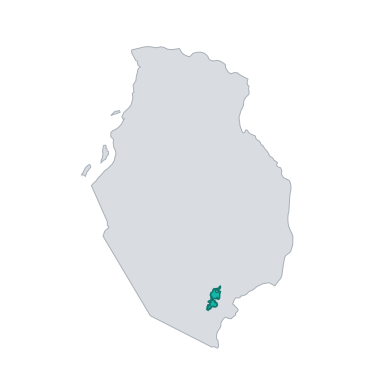 Chato, Geita, United Republic of Tanzania shown in context, rotated 207°
{"feature_id": "72390352B63706364179884", "entity_name": "Chato", "entity_type": "district", "adm_level": 2, "iso_a3": "TZA", "parent_name": "United Republic of Tanzania", "parent_adm1": "Geita", "projection": "robinson", "projection_center": [31.727, -2.845], "detail": "fine", "context": "in_parent", "style": "filled", "palette": "teal", "viewbox_px": 384, "rotation_deg": 207, "n_neighbors": 0, "source": "geoboundaries", "source_scale": "gbopen_adm2", "svg_char_len": 7970}
<svg xmlns="http://www.w3.org/2000/svg" viewBox="0 0 384 384"><g transform="rotate(207 192 192)"><path d="M150.3,265.7L146.8,263.6L143.6,262.4L141.1,261.0L139.9,259.6L137.5,259.1L135.4,258.9L133.5,257.6L129.5,257.1L129.1,256.3L129.0,254.4L128.3,253.9L126.9,253.5L125.3,253.5L124.4,253.8L123.8,253.6L122.5,252.5L121.3,251.1L120.8,248.9L119.0,247.5L116.9,246.3L111.1,246.5L110.2,246.1L108.8,245.0L107.2,243.1L105.9,241.0L104.7,238.1L103.6,234.2L96.9,218.7L96.2,215.7L94.9,212.5L92.7,208.5L90.5,205.5L87.4,202.8L83.9,200.1L82.0,198.3L78.4,191.0L77.7,187.6L77.1,184.0L77.4,182.6L79.6,178.0L79.8,176.7L79.5,175.0L78.4,171.3L77.0,166.9L74.2,158.9L73.8,156.8L73.8,155.3L75.5,147.1L75.4,146.0L82.1,146.2L87.0,142.6L91.3,137.2L92.1,135.0L93.9,131.5L95.6,129.8L96.2,128.6L97.2,125.2L99.4,122.9L101.6,121.1L101.2,119.9L101.5,119.4L102.7,118.5L105.0,117.6L105.4,115.9L105.4,113.8L105.0,112.7L105.1,111.4L104.8,110.6L103.3,110.5L101.0,109.5L99.1,109.0L97.8,108.4L97.4,108.0L97.2,106.8L98.2,103.6L97.2,102.4L99.5,97.2L99.9,96.5L100.8,96.5L102.1,95.9L103.4,95.7L104.4,95.8L105.1,95.6L105.8,95.0L106.4,93.3L106.8,90.3L106.6,87.9L105.6,86.1L105.3,83.3L105.8,79.5L105.4,76.3L104.4,73.8L103.3,72.3L101.6,71.6L99.0,67.8L98.1,65.9L98.3,64.7L99.2,64.3L100.9,64.4L102.5,64.0L103.9,62.9L105.4,62.6L106.1,62.8L172.9,62.8L251.0,112.1L251.3,112.7L251.9,117.0L251.8,118.4L250.6,120.8L250.2,122.1L250.2,123.0L250.5,123.4L251.5,123.5L252.4,124.1L252.7,124.5L253.4,126.4L254.2,127.3L283.8,151.5L284.5,151.9L284.1,153.9L282.4,158.8L282.3,160.9L281.6,163.3L281.0,164.9L279.3,171.8L277.8,174.4L275.8,180.5L275.5,185.1L276.6,188.4L277.0,191.4L279.2,194.4L281.1,195.5L282.3,196.8L284.5,200.0L285.7,203.1L289.6,204.6L291.2,208.1L290.6,210.5L288.8,212.6L287.0,215.8L285.7,220.1L285.6,226.6L286.5,225.6L288.6,227.2L288.8,232.0L286.7,237.6L286.0,240.2L285.9,242.4L287.4,249.1L289.8,252.5L289.6,253.6L289.0,254.4L293.0,260.5L292.6,265.7L294.1,269.8L294.8,273.3L295.7,276.0L295.9,277.9L294.7,280.0L297.6,280.5L299.3,282.2L300.1,283.8L302.2,283.7L303.4,284.8L305.0,285.8L308.7,288.5L309.7,289.9L310.2,291.2L300.1,299.8L296.4,302.0L293.8,303.0L291.1,303.6L288.4,304.9L285.9,307.1L282.7,308.1L278.8,308.1L274.7,309.6L268.3,314.1L264.5,311.6L261.6,310.8L258.2,310.9L256.2,311.2L255.4,311.7L254.8,313.2L254.2,315.7L252.0,318.1L248.1,320.4L244.5,321.2L241.3,320.7L239.0,319.7L237.9,318.4L236.2,317.8L233.9,317.9L231.8,318.8L229.7,320.6L226.4,321.4L221.9,321.1L219.5,320.3L219.2,318.8L217.2,317.1L213.6,315.1L210.9,315.0L209.2,316.9L207.6,318.1L206.2,318.6L205.0,318.7L203.1,318.2L198.1,318.0L193.4,318.0L192.9,315.3L192.0,313.6L191.1,312.6L189.5,312.3L189.0,311.6L188.5,309.8L187.7,308.4L186.6,307.2L186.0,306.0L185.8,305.0L186.0,303.9L187.0,301.0L187.3,299.1L187.2,297.1L186.6,295.1L185.5,292.6L185.6,291.9L185.3,290.3L185.2,289.1L185.5,287.7L185.2,285.8L184.3,281.7L184.3,280.7L183.3,278.7L180.1,274.1L180.0,273.5L175.1,268.8L173.1,267.8L172.4,268.7L172.1,269.5L172.3,271.0L172.2,271.7L172.0,272.0L170.8,272.0L170.1,271.8L168.2,270.6L166.8,270.3L163.2,270.5L161.9,270.8L160.9,270.5L159.0,268.4L156.7,267.9L154.7,267.8L151.4,265.4L150.3,265.7ZM290.2,187.6L291.8,192.8L291.6,193.7L290.5,194.3L289.9,194.4L289.1,193.5L288.7,191.8L287.8,192.2L286.3,190.2L284.8,190.1L283.5,187.6L284.1,185.4L283.8,181.8L285.4,179.9L286.3,176.7L287.3,178.9L287.5,182.2L288.9,186.2L290.2,187.6ZM298.2,157.0L298.3,158.2L298.0,159.4L298.0,163.0L297.9,165.4L296.7,168.8L295.7,170.0L294.8,169.6L294.1,169.1L293.5,168.2L294.7,162.0L294.1,157.5L296.4,158.0L298.2,157.0ZM294.6,231.1L293.4,231.5L293.0,231.2L292.3,230.1L293.5,229.3L294.7,227.6L297.5,225.2L298.8,223.2L298.6,225.1L297.0,229.3L295.7,229.6L294.6,231.1Z" fill="#d9dde1" stroke="#a8b0b8" stroke-width="1"/><path d="M127.3,116.4L127.4,116.2L127.6,116.1L127.8,116.1L128.0,116.0L128.5,115.9L128.5,115.4L128.7,115.0L128.8,114.7L128.7,114.3L128.9,113.9L128.8,113.7L128.5,113.5L128.5,113.4L128.5,112.1L128.7,111.8L128.8,111.4L129.1,111.1L129.0,110.9L129.1,110.6L129.3,110.5L129.2,110.2L128.9,109.5L128.8,109.2L129.0,108.8L128.8,108.5L128.3,108.3L128.3,108.1L128.0,107.8L127.5,107.3L127.4,107.0L127.0,106.2L126.9,106.2L126.9,106.3L126.8,106.5L126.7,106.8L126.8,107.0L126.7,107.0L126.7,107.3L126.4,107.1L126.2,107.2L126.0,106.9L126.0,106.6L126.0,106.3L126.1,106.2L126.2,105.7L126.1,105.3L126.3,105.3L126.1,105.0L126.1,104.6L126.3,104.5L126.3,104.3L126.2,104.0L125.8,104.0L125.7,104.1L125.8,104.2L125.6,104.3L125.6,104.2L125.7,103.9L125.8,103.9L125.7,103.7L125.9,103.5L125.9,103.4L126.0,103.5L126.1,103.3L126.0,103.2L125.9,103.1L126.0,103.1L125.9,103.0L125.7,103.0L125.7,102.7L125.8,102.6L126.0,102.6L126.3,102.5L126.3,102.4L126.5,102.6L126.7,102.4L126.8,102.5L126.9,102.3L126.7,102.2L126.8,102.1L126.9,101.9L126.9,102.0L126.9,101.8L127.1,101.8L127.2,102.0L127.3,102.1L127.3,101.9L127.6,102.0L127.7,101.8L127.8,101.7L127.7,101.5L127.6,101.4L127.4,101.4L127.2,101.6L127.1,101.4L126.9,101.4L126.7,101.6L126.4,101.6L126.2,101.8L125.8,101.9L125.7,102.0L125.8,102.0L125.7,102.1L125.4,102.0L125.3,101.2L125.4,100.9L125.4,100.6L125.4,100.4L125.2,100.2L125.0,100.3L124.9,100.3L124.8,100.1L124.7,99.9L124.6,99.7L124.8,99.5L124.7,99.3L124.8,99.2L124.7,99.1L125.0,98.9L125.1,99.0L125.4,99.0L125.6,99.0L125.7,98.9L126.0,98.9L126.4,98.9L126.5,98.7L126.4,98.6L126.5,98.4L126.4,98.1L126.3,97.9L126.4,97.7L126.3,97.1L126.1,97.1L125.9,96.9L125.9,97.0L126.0,97.0L125.9,97.0L125.9,96.9L125.6,96.7L125.6,96.1L125.6,95.8L125.8,95.8L125.9,95.7L126.0,95.7L125.9,95.5L125.6,95.2L125.4,95.5L125.4,95.4L125.3,95.2L125.4,95.3L125.5,95.3L125.5,95.2L125.3,95.0L125.3,94.8L125.3,94.7L125.5,94.4L125.4,94.3L125.4,94.1L125.2,94.2L125.0,94.3L124.9,94.2L124.5,94.0L124.4,94.0L124.6,94.3L124.5,94.5L124.6,94.4L124.3,94.3L124.1,94.2L124.1,94.3L124.2,94.5L124.3,94.7L124.2,94.8L124.0,94.5L123.9,94.6L123.7,94.9L123.4,95.0L123.1,95.7L123.1,96.0L123.3,95.9L123.4,96.1L123.4,96.3L123.2,96.3L123.0,96.5L122.7,96.6L122.4,96.6L122.4,96.8L122.5,97.0L122.8,97.6L122.9,97.8L122.5,97.9L122.4,97.9L122.4,98.3L122.2,98.8L122.2,99.2L121.8,99.2L121.6,99.3L121.4,99.3L121.3,99.5L121.1,99.8L120.8,99.9L120.7,99.9L120.4,99.6L120.1,99.7L120.0,100.0L119.8,100.0L119.5,100.1L119.1,100.1L118.9,100.2L118.4,100.9L118.1,101.6L118.0,102.1L118.1,102.4L118.1,102.9L118.3,103.1L118.6,103.3L118.9,103.3L119.0,103.4L118.9,103.6L119.0,103.8L119.0,104.0L119.3,104.3L119.5,104.1L119.8,103.7L120.0,103.9L120.1,104.1L120.2,104.3L120.4,104.3L120.5,104.4L120.8,104.2L121.2,104.1L121.5,104.0L121.6,104.4L121.4,104.3L121.2,104.3L121.2,104.9L121.4,105.1L121.9,105.3L122.5,105.4L122.6,105.1L123.1,105.1L123.5,105.2L123.7,104.9L123.9,104.8L124.0,105.3L124.3,105.5L124.6,105.7L124.8,105.8L124.8,106.1L124.7,106.3L124.8,106.6L124.3,106.7L123.8,107.3L123.6,107.4L123.4,107.3L123.1,107.3L122.9,107.4L122.7,107.6L122.1,107.7L122.1,107.8L121.9,108.1L121.8,108.3L121.7,108.7L121.6,108.9L121.7,109.5L121.3,109.5L121.2,109.4L121.1,109.2L120.9,108.9L120.7,108.8L120.5,108.5L120.3,108.4L120.1,108.2L119.8,108.4L119.6,108.5L119.6,109.0L119.4,109.2L119.3,109.5L119.3,109.8L119.3,110.0L119.5,110.5L119.7,110.9L120.1,111.7L120.2,112.0L120.4,112.5L120.9,113.3L121.0,113.7L121.1,114.0L121.3,114.3L121.3,114.8L121.2,114.9L121.3,115.0L121.4,115.3L121.4,116.0L122.3,116.4L122.5,116.4L123.1,115.8L123.2,115.7L123.3,115.6L123.2,115.3L123.3,115.0L123.3,114.6L123.7,114.5L123.8,114.5L124.4,113.7L124.5,113.6L124.9,113.6L125.5,113.7L125.9,114.2L126.0,114.3L126.4,114.8L126.4,115.1L126.5,115.3L126.3,115.6L125.8,115.7L125.7,115.8L125.4,115.8L124.7,116.1L124.5,116.3L124.3,116.5L124.2,116.9L124.0,117.1L124.0,117.4L123.8,117.6L123.6,117.9L123.6,118.1L123.4,118.4L123.4,118.6L123.4,118.8L123.3,119.0L123.2,119.3L123.3,119.4L123.3,119.7L123.5,119.8L123.4,120.0L123.5,120.2L123.6,120.4L123.7,120.5L123.7,120.4L123.8,120.6L124.2,120.4L124.3,120.4L124.5,120.2L124.6,119.9L124.5,119.7L124.4,119.5L124.5,119.1L124.6,118.7L124.8,118.4L124.9,118.2L125.1,117.9L125.3,117.8L125.8,117.3L126.1,117.2L126.5,117.0L126.8,116.7L127.1,116.5L127.3,116.4Z" fill="#14b8a6" stroke="#0f766e" stroke-width="1.5"/></g></svg>